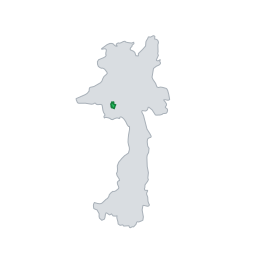 Keo Oudom, Vientiane, Laos (highlighted), rotated 42°
{"feature_id": "54806243B75308999712701", "entity_name": "Keo Oudom", "entity_type": "district", "adm_level": 2, "iso_a3": "LAO", "parent_name": "Laos", "parent_adm1": "Vientiane", "projection": "orthographic", "projection_center": [102.503, 18.574], "detail": "fine", "context": "in_parent", "style": "filled", "palette": "green", "viewbox_px": 256, "rotation_deg": 42, "n_neighbors": 0, "source": "geoboundaries", "source_scale": "gbopen_adm2", "svg_char_len": 4574}
<svg xmlns="http://www.w3.org/2000/svg" viewBox="0 0 256 256"><g transform="rotate(42 128 128)"><path d="M93.5,44.2L94.5,46.2L99.4,51.3L100.2,52.7L102.0,53.8L103.5,58.4L104.1,58.7L104.9,58.4L105.6,57.7L106.1,55.9L106.4,55.8L106.9,57.2L108.3,57.7L108.9,58.3L109.1,59.4L108.9,60.5L107.7,63.2L107.1,66.7L111.9,74.2L113.9,75.2L118.7,76.4L121.9,78.1L123.4,77.7L124.8,75.8L126.5,74.7L129.7,73.1L130.7,73.0L132.4,73.6L135.4,75.5L139.8,78.9L139.7,79.9L138.9,80.8L136.5,82.2L135.8,83.1L136.3,83.5L138.2,83.7L140.6,84.4L141.3,85.3L141.7,87.4L142.1,87.8L144.3,87.6L144.9,87.8L145.7,88.5L146.5,90.2L146.5,91.5L144.4,93.9L144.2,95.2L143.1,96.9L140.2,99.7L139.4,99.9L133.9,98.4L129.6,98.6L129.2,99.2L130.0,100.9L130.2,102.5L129.5,103.8L127.1,105.4L127.0,106.1L127.5,106.9L131.1,108.3L142.8,116.1L148.1,117.6L150.5,118.5L151.1,119.1L151.1,119.8L150.5,120.7L150.0,122.2L150.0,123.1L150.5,124.0L151.5,125.4L154.8,128.3L157.2,129.0L159.7,132.4L160.5,135.4L161.8,137.3L168.0,143.7L173.1,147.6L176.2,151.9L177.7,152.8L178.2,154.4L178.7,158.9L180.5,161.2L180.8,162.1L181.6,162.7L182.5,162.8L184.2,161.3L184.6,161.5L185.4,163.9L186.2,164.8L188.9,166.2L191.8,169.0L193.4,170.0L195.3,170.8L195.6,171.7L195.3,172.6L194.7,173.2L191.4,175.0L191.0,175.7L193.3,179.4L198.9,183.8L200.7,186.5L200.3,187.8L198.9,190.6L197.8,191.3L197.5,192.2L198.4,194.3L198.3,197.7L197.3,198.5L196.4,200.6L195.7,200.8L194.0,200.1L190.5,203.7L188.9,203.5L187.2,205.6L184.9,205.9L183.3,204.5L179.8,202.2L178.6,200.7L177.5,202.0L175.8,203.3L173.2,202.9L172.6,204.7L172.1,205.0L169.0,205.4L168.5,205.7L169.0,207.3L170.8,210.0L171.4,211.5L170.3,214.1L167.1,214.1L165.7,213.1L163.9,211.0L159.8,209.6L157.1,210.6L156.2,210.6L154.2,208.8L153.4,207.6L152.9,205.9L156.0,204.4L157.6,203.3L158.6,202.1L159.0,200.9L159.4,195.8L159.9,194.0L159.6,191.8L158.7,190.0L158.7,187.4L159.1,185.3L160.3,184.3L161.0,182.7L161.5,179.3L161.1,178.5L159.9,177.7L158.0,176.9L156.7,175.9L156.2,174.7L156.3,173.7L156.8,172.7L155.4,171.7L151.8,170.7L149.8,169.4L149.4,167.8L147.9,165.8L145.4,163.3L144.0,159.6L143.8,154.8L144.0,150.9L145.1,146.4L143.6,143.2L141.9,141.5L139.7,140.2L137.5,138.5L135.5,136.1L133.0,132.7L130.2,128.1L128.2,126.0L127.3,126.5L125.2,126.1L122.1,124.8L119.4,124.1L117.1,124.0L115.6,124.3L114.9,125.0L114.8,125.7L115.4,126.4L115.1,126.9L113.9,127.3L112.9,128.1L111.8,129.8L111.0,132.0L109.9,132.8L108.1,133.0L106.4,133.7L104.6,134.8L103.8,135.6L103.9,136.1L103.6,136.3L102.7,135.9L102.3,135.2L102.4,134.1L101.5,133.3L99.7,132.9L97.6,131.7L93.7,128.5L92.8,128.3L91.5,129.1L89.9,130.9L88.5,131.6L87.4,131.3L86.5,131.9L86.0,133.5L84.9,134.8L79.6,138.2L74.8,142.6L73.6,143.0L70.7,141.7L69.8,140.8L73.9,131.8L74.5,129.6L74.4,126.7L72.7,124.3L72.6,123.5L72.9,122.8L74.9,120.0L77.3,112.8L77.2,110.5L76.2,108.0L75.7,105.7L76.1,102.5L76.0,101.2L74.9,100.6L71.3,99.9L69.2,100.4L68.3,101.3L67.1,101.8L64.8,102.1L62.7,101.0L60.9,99.2L60.5,96.9L62.8,92.1L63.4,90.2L63.3,89.3L63.0,88.4L62.4,88.3L61.3,87.1L60.2,85.1L59.2,84.2L58.2,84.3L57.3,85.1L55.8,87.0L55.3,86.7L56.7,80.0L58.0,77.2L59.5,75.9L61.0,75.4L62.6,75.6L64.0,75.4L65.1,74.7L65.0,74.3L63.7,74.2L63.2,73.4L63.5,72.0L64.0,71.1L64.9,70.7L65.8,69.2L66.7,66.8L67.7,65.6L68.9,65.6L70.9,64.5L73.8,62.5L74.9,60.5L76.0,61.4L75.6,63.7L76.1,64.2L76.4,65.1L76.2,66.3L76.5,67.4L76.9,68.0L77.5,68.3L80.6,67.3L82.5,67.3L85.5,69.0L87.3,67.7L87.3,67.3L85.9,65.7L86.3,59.8L86.2,55.3L83.7,52.0L83.2,50.7L82.9,48.6L82.2,46.7L84.0,45.2L85.0,42.5L86.3,41.9L86.7,42.0L88.2,44.0L90.1,43.0L91.6,43.0L92.8,43.6L93.5,44.2Z" fill="#d9dde1" stroke="#a8b0b8" stroke-width="1"/><path d="M103.2,119.1L102.6,119.4L102.5,119.5L102.4,119.5L102.2,119.6L101.9,119.7L101.7,119.8L101.4,119.9L101.2,119.9L100.9,119.9L100.8,119.7L100.7,119.5L100.7,119.4L100.7,119.2L100.5,118.9L100.4,118.7L100.2,118.5L100.1,118.4L99.9,118.4L99.7,118.5L99.4,118.8L99.3,119.0L99.3,119.3L99.3,119.6L99.2,119.6L99.1,119.8L99.3,119.8L99.2,119.8L99.3,119.9L99.4,120.0L99.3,120.3L99.3,120.5L99.2,120.8L99.2,121.0L99.2,121.3L99.2,121.5L99.3,121.7L99.4,121.8L99.6,121.9L99.7,122.0L99.8,122.1L100.0,122.3L100.3,122.5L100.5,122.5L100.8,122.5L101.0,122.6L101.3,122.5L101.5,122.6L101.5,122.8L101.4,122.8L101.3,123.0L101.2,123.1L101.2,123.3L101.3,123.4L101.3,123.5L101.5,123.6L101.8,123.6L102.0,123.6L102.3,123.5L102.5,123.6L102.6,123.4L102.9,123.2L103.0,123.2L103.3,123.1L103.6,123.1L103.8,123.1L104.6,122.7L104.4,122.4L104.4,122.1L104.3,121.9L104.2,121.6L104.1,121.3L104.0,121.2L103.9,121.0L103.8,120.9L103.7,120.7L103.6,120.2L103.4,119.8L103.4,119.7L103.4,119.4L103.2,119.1L103.2,119.1Z" fill="#22c55e" stroke="#15803d" stroke-width="1.5"/></g></svg>